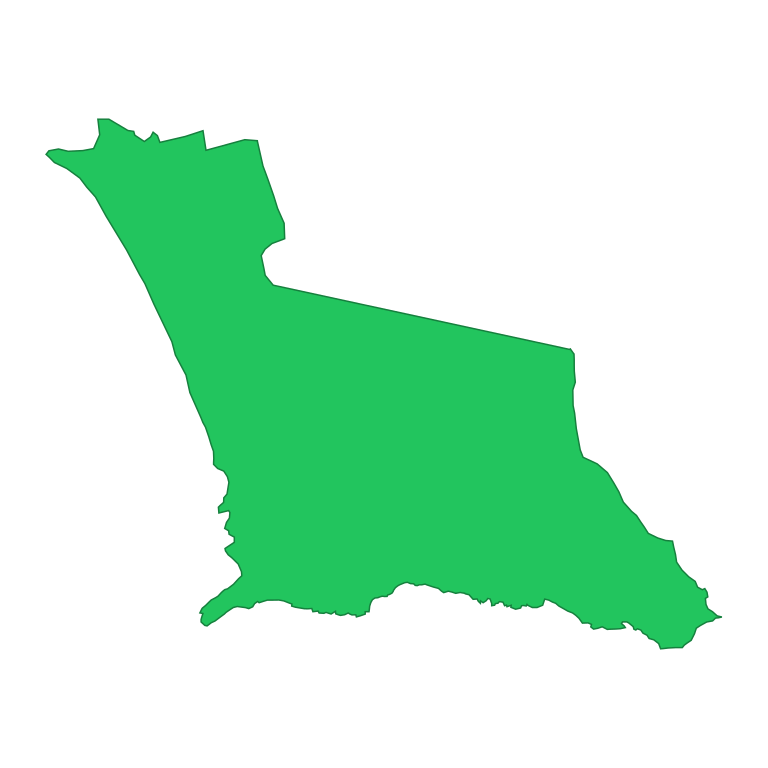 outline of Akrotiri, Cyprus
{"feature_id": "46923920B88253584339693", "entity_name": "Akrotiri", "entity_type": "district", "adm_level": 2, "iso_a3": "CYP", "parent_name": "Cyprus", "parent_adm1": "", "projection": "mercator", "projection_center": [32.972, 34.606], "detail": "fine", "context": "isolated", "style": "filled", "palette": "green", "viewbox_px": 768, "rotation_deg": 0, "n_neighbors": 0, "source": "geoboundaries", "source_scale": "gbopen_adm2", "svg_char_len": 4029}
<svg xmlns="http://www.w3.org/2000/svg" viewBox="0 0 768 768"><path d="M46.1,154.4L49.2,157.2L54.4,162.5L66.8,168.5L79.9,178.1L86.8,187.2L95.5,197.0L106.1,216.2L126.6,250.0L139.6,274.6L144.9,283.6L153.9,304.1L171.9,341.7L175.4,355.0L186.0,375.0L189.9,392.6L200.9,417.5L202.9,422.5L205.5,427.2L208.8,436.8L211.1,444.5L213.5,451.3L213.8,458.5L213.6,462.4L213.6,464.4L217.7,468.5L223.8,471.1L227.4,476.7L228.9,482.3L227.0,494.1L223.8,497.8L223.6,502.4L220.4,505.2L218.4,507.2L218.9,513.0L228.6,510.6L229.9,512.5L229.4,518.1L226.5,522.4L224.7,528.5L228.6,530.7L229.1,534.3L234.3,537.1L234.3,542.3L225.0,548.5L225.5,550.9L228.2,554.8L231.8,557.7L238.2,564.0L241.5,571.7L241.8,575.8L238.6,578.7L233.5,584.3L227.6,588.8L224.9,589.6L223.4,590.7L221.4,592.5L218.0,596.2L215.6,597.7L211.2,600.0L209.0,602.1L205.7,605.4L202.4,608.1L201.9,608.8L199.9,612.9L202.9,613.5L201.6,617.6L201.1,619.5L201.1,622.0L204.8,625.4L207.1,625.9L211.3,622.7L215.0,621.0L220.3,617.0L224.4,614.0L226.0,612.4L229.5,610.0L233.3,607.5L237.2,606.5L240.2,606.9L245.5,607.6L248.8,608.6L252.7,606.8L254.6,603.6L257.6,601.5L259.1,602.7L263.1,601.4L267.4,600.1L272.4,600.1L278.8,600.0L283.8,600.9L288.6,602.8L291.9,604.0L291.7,606.1L295.4,607.2L304.3,608.7L307.7,608.8L311.8,608.5L312.9,611.7L318.1,611.1L319.1,613.0L323.9,613.3L326.0,612.4L331.1,614.0L335.5,611.3L335.7,613.8L338.4,614.8L340.5,615.4L344.7,614.7L348.2,613.0L350.0,614.1L351.9,614.9L355.8,614.8L356.4,616.9L360.3,615.8L365.2,614.1L365.2,611.7L369.0,611.7L369.3,609.7L369.7,606.0L370.8,602.6L372.4,599.7L374.9,598.0L377.9,597.7L379.8,596.9L382.2,596.2L384.8,596.5L387.1,596.4L387.8,594.9L389.6,594.4L392.0,593.1L393.1,591.5L393.6,590.2L395.4,587.7L397.8,585.8L399.8,584.7L404.7,582.7L407.4,582.3L410.5,583.6L413.7,583.8L415.2,585.4L417.3,585.6L419.2,584.8L421.7,584.8L423.6,584.4L425.2,584.1L426.4,584.7L433.3,587.0L438.5,588.4L441.5,591.1L443.7,592.6L448.3,591.2L451.7,592.0L455.7,593.3L460.1,592.5L464.9,593.3L465.2,593.8L469.0,594.7L473.1,599.3L477.1,599.0L478.3,601.3L480.4,603.3L480.6,600.9L483.1,602.7L486.2,600.7L487.8,598.5L490.1,599.0L491.7,603.5L491.7,605.7L494.6,605.2L495.4,603.6L498.0,603.2L499.4,601.6L503.0,602.2L503.7,603.7L504.6,605.7L506.5,605.1L507.0,606.7L509.0,606.0L511.2,605.3L510.9,607.3L515.6,609.2L520.6,608.0L521.6,605.7L523.6,605.5L526.2,606.0L527.0,604.4L527.8,605.3L532.3,607.5L537.1,607.5L542.7,605.2L544.7,599.1L548.8,600.1L552.3,602.0L555.7,603.3L558.8,606.0L563.8,608.8L567.8,611.1L572.5,612.9L575.8,615.3L579.0,618.3L582.4,623.1L588.1,622.9L591.5,624.4L590.8,626.9L593.6,629.1L597.7,628.3L602.2,626.8L607.3,629.4L609.8,629.2L615.9,629.0L620.3,628.7L625.3,627.6L624.1,625.8L621.5,623.6L622.5,621.9L626.8,621.9L628.8,623.0L633.2,626.6L633.9,629.2L635.8,630.0L637.4,628.8L640.8,630.0L643.0,633.2L647.0,635.2L649.1,638.5L653.8,639.8L658.7,643.6L660.6,648.8L663.1,648.6L668.0,648.0L675.3,647.6L682.3,647.6L684.3,645.1L687.3,642.9L691.2,640.3L694.5,633.7L696.3,628.2L700.2,625.6L706.7,622.0L712.6,620.9L715.5,618.1L718.4,617.8L721.9,617.0L717.2,615.9L712.5,611.7L708.0,608.9L706.0,604.4L705.4,598.4L707.8,596.9L707.0,592.2L704.8,588.6L702.3,589.7L697.6,587.2L695.2,581.4L688.7,576.8L682.0,570.1L676.6,562.1L675.5,554.6L673.7,547.1L672.5,541.1L665.7,540.5L657.8,538.0L648.3,533.4L644.3,527.1L640.6,521.8L636.5,515.5L631.5,511.3L623.3,502.1L618.9,491.9L613.8,483.0L607.4,472.6L597.2,463.9L583.1,457.3L580.2,449.9L576.3,428.6L574.6,413.1L573.1,405.5L572.8,390.0L575.3,382.2L574.3,371.2L574.2,365.3L574.2,359.8L574.0,354.0L573.2,353.0L570.3,348.9L569.4,349.4L273.2,285.2L265.2,275.4L263.9,268.5L261.2,255.6L265.1,249.1L272.0,243.5L284.7,238.7L284.1,223.2L277.6,208.5L273.7,195.9L268.1,179.9L265.4,172.5L263.0,166.1L257.3,140.9L257.3,140.7L253.5,140.4L244.8,139.7L206.0,150.3L203.0,130.7L185.2,136.5L159.9,142.4L157.4,135.6L153.1,132.2L150.6,137.0L144.3,141.5L134.8,135.2L133.7,131.4L127.9,130.5L120.7,126.2L114.1,122.3L108.9,119.2L97.9,119.2L99.7,134.8L93.6,148.6L82.8,150.6L68.2,151.3L58.5,149.0L48.9,150.8L46.1,154.4Z" fill="#22c55e" stroke="#15803d" stroke-width="1.5"/></svg>